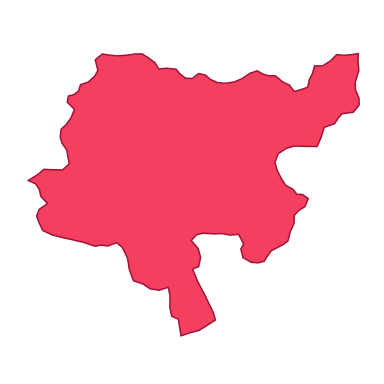 outline of Jaguariúna, São Paulo, Brazil, rotated 182°
{"feature_id": "56859067B42434816629938", "entity_name": "Jaguariúna", "entity_type": "district", "adm_level": 2, "iso_a3": "BRA", "parent_name": "Brazil", "parent_adm1": "São Paulo", "projection": "albers", "projection_center": [-47.018, -22.68], "detail": "fine", "context": "isolated", "style": "filled", "palette": "rose", "viewbox_px": 384, "rotation_deg": 182, "n_neighbors": 0, "source": "geoboundaries", "source_scale": "gbopen_adm2", "svg_char_len": 1962}
<svg xmlns="http://www.w3.org/2000/svg" viewBox="0 0 384 384"><g transform="rotate(182 192 192)"><path d="M307.1,295.4L309.0,289.0L313.6,285.1L318.9,283.6L319.8,277.4L312.4,270.5L315.4,262.2L320.1,255.0L325.0,250.2L325.6,242.4L323.8,236.6L318.7,229.5L315.7,215.9L322.3,209.4L327.9,209.5L333.8,209.4L340.8,209.5L346.1,204.6L356.0,197.8L348.6,194.7L344.6,189.1L342.9,182.3L336.1,175.5L344.1,169.3L346.5,162.5L343.8,156.1L339.9,148.3L329.8,144.1L317.8,141.5L311.2,140.4L304.7,139.0L299.1,138.0L286.8,134.4L280.9,135.8L274.3,135.1L265.6,138.7L259.9,134.4L256.7,128.6L254.0,123.2L251.9,112.1L247.4,101.2L237.6,98.3L230.4,93.7L221.2,92.7L212.5,96.0L210.4,87.9L210.1,75.8L208.0,67.1L201.2,64.4L198.0,47.9L188.0,51.6L180.1,53.9L173.8,58.2L164.1,64.9L166.3,71.8L169.6,78.1L175.3,88.9L183.2,102.8L188.7,115.0L182.7,117.7L181.1,127.0L183.9,135.7L191.0,143.5L186.0,149.4L179.7,151.2L168.7,150.9L160.5,151.5L152.5,150.3L143.9,151.3L138.6,141.8L141.2,136.7L138.8,128.2L130.4,123.8L123.3,123.5L117.4,125.3L114.4,130.5L111.0,135.8L99.4,142.5L94.4,146.4L92.3,156.1L88.9,164.2L88.9,172.3L84.5,177.4L78.6,181.3L75.6,189.4L81.5,193.4L87.0,193.3L91.1,198.2L98.6,201.9L102.7,207.9L107.5,216.3L110.2,224.4L107.2,233.3L99.2,238.9L91.4,241.5L83.4,241.5L68.5,241.8L64.9,251.1L62.1,261.2L51.8,265.3L48.5,270.9L44.9,275.4L33.5,277.4L28.0,284.7L28.4,291.7L32.2,299.7L32.7,307.2L29.5,319.1L30.6,328.1L30.7,336.1L37.2,334.9L44.0,334.0L52.4,334.2L58.3,327.8L65.9,322.6L73.9,322.3L75.9,314.2L78.6,308.6L80.1,300.7L87.9,297.7L93.3,296.0L98.3,302.2L105.7,305.5L112.6,311.0L119.4,310.9L125.1,312.3L131.0,315.4L138.2,312.7L146.0,307.0L153.7,303.5L162.6,301.8L170.1,302.2L177.6,305.2L182.7,309.4L189.6,310.6L195.7,305.5L202.4,305.5L208.1,309.6L212.2,314.2L222.0,314.8L229.4,313.8L233.6,320.0L240.2,324.5L246.5,328.2L253.3,328.0L262.3,326.4L271.3,325.5L278.3,325.8L286.4,326.8L293.3,320.7L290.3,310.3L293.2,304.5L299.5,298.3L307.1,295.4Z" fill="#f43f5e" stroke="#9f1239" stroke-width="1.5"/></g></svg>